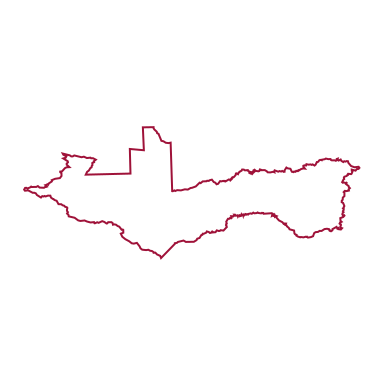 outline of Vilhena, Rondônia, Brazil, rotated 89°
{"feature_id": "56859067B73787435299073", "entity_name": "Vilhena", "entity_type": "district", "adm_level": 2, "iso_a3": "BRA", "parent_name": "Brazil", "parent_adm1": "Rondônia", "projection": "natural_earth1", "projection_center": [-60.258, -12.124], "detail": "fine", "context": "isolated", "style": "outline", "palette": "rose", "viewbox_px": 384, "rotation_deg": 89, "n_neighbors": 0, "source": "geoboundaries", "source_scale": "gbopen_adm2", "svg_char_len": 6000}
<svg xmlns="http://www.w3.org/2000/svg" viewBox="0 0 384 384"><g transform="rotate(89 192 192)"><path d="M186.7,359.8L187.8,359.0L187.5,355.8L190.0,351.3L190.0,349.7L190.6,348.2L192.3,347.1L194.9,343.1L193.5,341.8L193.9,340.4L193.4,339.5L193.9,338.4L193.1,336.1L193.2,333.7L195.1,333.1L196.5,331.3L196.6,330.6L197.6,329.7L198.4,327.5L201.8,325.7L202.0,322.8L203.0,321.7L203.5,320.0L204.6,319.1L205.1,317.4L205.8,316.9L207.8,317.4L209.2,317.1L210.0,316.4L211.4,317.3L212.5,316.0L214.2,315.7L215.7,309.8L218.4,306.3L219.0,304.1L218.6,299.9L219.7,297.5L220.7,293.9L220.4,290.5L221.5,290.1L221.6,289.7L220.6,287.3L221.2,285.9L219.6,282.3L220.4,280.2L222.0,278.0L221.9,277.3L220.7,276.3L220.8,273.0L221.7,271.9L223.3,271.6L223.0,270.2L223.4,268.5L224.7,267.0L225.4,265.3L228.5,263.0L228.3,261.9L228.7,261.4L231.5,261.4L232.4,263.9L235.5,262.5L238.0,259.5L240.2,255.6L242.2,253.2L242.6,251.1L241.9,248.0L245.5,245.3L247.4,244.5L248.8,242.8L249.3,238.9L249.0,236.6L250.0,234.9L250.3,233.1L251.4,231.5L252.1,231.4L252.0,229.7L253.8,228.1L255.3,224.9L257.5,224.1L243.5,210.0L242.9,210.0L242.6,208.0L241.7,207.0L240.4,201.3L241.8,199.0L241.8,191.0L240.2,188.3L238.8,187.6L238.1,185.3L235.2,183.4L235.0,182.4L233.9,182.0L234.0,181.1L232.9,178.5L231.7,177.9L232.3,175.9L233.3,174.8L233.1,173.8L231.8,172.5L232.2,171.9L232.8,172.1L232.6,169.2L230.8,167.9L231.5,165.8L231.3,164.7L230.7,164.1L231.1,161.2L227.6,157.8L226.0,158.5L225.7,158.2L224.8,158.5L224.1,157.8L222.3,158.3L219.4,156.5L219.5,155.4L218.3,154.1L219.0,153.4L218.6,152.9L217.9,153.3L217.4,152.5L216.9,152.8L217.1,151.2L216.7,151.0L216.3,149.3L215.4,150.0L215.4,149.4L216.5,148.5L216.1,146.9L217.0,146.6L216.3,146.3L216.5,144.9L216.0,144.6L216.3,143.8L216.9,144.1L216.7,143.3L215.4,142.9L216.1,142.5L215.7,141.5L216.3,141.3L215.3,141.1L215.3,140.5L216.0,140.0L215.5,139.6L215.6,138.6L215.0,138.6L215.5,136.5L215.0,136.4L214.4,133.7L214.8,132.6L213.7,131.1L214.4,130.1L214.2,127.8L213.6,126.7L214.1,126.2L214.5,123.8L214.5,122.8L214.1,122.5L214.2,121.1L215.0,120.8L214.6,112.6L215.0,111.9L217.1,112.4L216.2,111.0L217.3,111.2L217.4,110.8L216.6,109.9L218.0,109.6L217.2,108.8L217.6,107.8L218.2,108.6L218.6,108.4L221.9,105.6L223.8,102.1L225.6,100.8L225.7,100.4L225.1,100.2L225.2,98.6L226.6,99.2L227.1,98.0L228.0,97.7L229.5,95.9L231.0,95.1L232.3,90.6L235.2,90.3L236.0,89.7L236.7,88.2L237.4,88.4L238.4,86.9L239.2,84.6L238.9,84.0L239.3,81.3L238.7,79.1L239.0,78.3L238.7,77.8L239.6,76.9L239.2,74.0L238.3,71.7L235.3,70.6L234.3,69.2L234.1,66.7L233.1,65.1L233.2,63.1L231.4,60.2L231.1,57.7L231.5,55.8L232.0,55.8L232.2,55.1L233.2,55.0L233.7,53.7L232.8,52.3L231.6,52.2L229.4,48.1L231.0,47.4L230.5,46.3L231.7,46.3L232.1,43.8L230.8,42.6L230.2,44.0L229.7,44.2L227.5,43.8L227.1,42.9L227.1,44.0L226.2,45.0L225.0,44.4L224.4,43.0L223.5,44.0L220.7,44.2L219.6,41.2L218.3,40.0L217.8,40.3L217.9,41.6L216.9,42.1L215.8,41.8L214.8,40.8L213.8,41.5L212.5,40.6L211.8,40.7L211.0,41.3L210.5,40.5L209.8,40.6L208.7,39.9L205.6,41.1L204.8,42.5L203.3,42.4L202.4,41.5L200.2,41.3L198.8,39.7L195.3,39.6L194.7,40.3L193.5,39.2L193.8,37.4L193.3,35.1L192.1,35.4L190.9,34.1L189.9,35.1L188.8,35.3L186.7,37.9L184.9,36.8L185.7,37.9L185.1,40.3L185.4,41.0L184.8,41.7L182.1,40.3L181.7,39.6L180.2,39.9L179.4,39.4L178.8,37.4L177.8,35.9L177.3,36.2L176.5,35.6L176.9,32.6L176.5,32.1L174.4,31.2L173.6,31.9L172.4,31.9L173.5,28.1L172.0,26.9L171.8,25.1L170.8,24.2L169.7,25.0L170.1,29.1L168.8,32.5L165.5,35.2L164.0,35.5L163.8,36.8L164.3,38.0L163.9,39.3L164.7,40.2L163.5,42.1L162.1,42.8L163.1,44.8L161.9,45.9L161.2,45.7L161.5,46.7L162.9,46.8L163.3,47.7L162.8,48.6L162.8,51.7L162.3,52.6L161.5,52.9L161.5,55.3L160.9,57.6L161.5,58.6L162.0,61.6L162.5,61.7L162.1,63.3L162.7,64.4L163.8,65.1L164.4,66.2L164.3,66.7L166.8,67.9L167.7,69.0L166.5,70.9L167.0,71.8L166.5,72.8L166.7,75.0L166.2,77.1L167.5,77.5L167.3,79.1L167.7,80.2L168.7,80.2L170.6,78.7L170.4,80.4L171.0,82.6L172.4,84.8L172.0,85.0L172.2,85.5L172.9,85.8L172.7,87.1L173.1,87.2L173.1,88.3L173.6,88.5L173.4,89.8L173.9,90.2L173.5,91.8L170.5,93.2L170.0,96.0L169.2,97.2L172.4,99.3L173.3,99.1L173.5,99.9L172.5,101.5L173.1,102.5L172.6,104.2L173.2,105.4L171.8,109.0L172.9,109.5L173.7,109.3L173.2,110.5L173.8,113.4L173.6,116.1L172.7,116.7L171.4,118.8L171.4,122.5L171.1,122.3L170.6,123.7L172.2,124.4L172.5,125.2L172.0,127.8L170.8,129.1L171.3,129.9L172.5,128.9L173.3,129.8L173.0,130.7L174.2,130.8L175.1,131.6L174.6,132.1L173.2,131.9L173.0,133.2L174.3,133.6L173.8,134.4L172.7,133.9L171.5,136.2L171.1,136.1L171.3,138.7L170.5,139.8L170.4,141.5L171.6,142.1L172.6,144.2L173.1,144.3L173.7,145.2L175.0,145.7L174.1,147.4L174.3,147.8L175.9,148.1L177.8,149.9L178.3,150.8L177.9,150.8L177.9,151.3L179.3,152.5L179.8,152.1L181.1,153.5L180.3,154.0L180.1,155.0L181.6,157.6L181.5,159.1L181.9,159.0L181.5,161.0L181.9,162.3L181.6,163.7L184.3,165.8L184.7,167.3L183.1,168.5L182.4,170.1L180.0,171.9L180.6,174.3L181.2,175.0L181.0,176.7L181.5,177.3L181.6,181.1L183.3,183.2L182.8,184.2L186.5,188.1L187.8,191.9L188.0,193.4L189.5,196.1L189.2,199.1L190.2,203.0L189.9,206.8L190.7,208.8L190.1,209.6L190.9,211.2L190.8,211.8L142.3,212.5L142.7,214.6L142.3,217.4L140.8,219.6L140.3,221.7L133.2,224.5L132.6,225.8L131.1,226.2L128.9,228.5L127.6,229.3L126.5,229.3L126.5,240.0L149.4,239.4L147.9,253.4L172.5,253.2L172.8,297.9L170.0,296.5L168.8,294.8L166.3,293.2L165.6,292.0L164.2,291.8L163.5,291.1L161.3,291.2L160.5,289.4L159.6,289.7L158.0,287.6L156.5,290.4L156.5,292.3L155.9,292.9L156.2,296.5L154.8,299.5L155.3,301.8L153.4,309.1L154.3,310.6L154.3,312.1L153.2,313.6L151.3,320.6L152.5,320.0L154.2,317.0L155.5,317.7L156.2,320.1L159.1,315.7L160.2,315.5L161.4,316.8L162.5,316.8L165.0,314.2L165.1,316.9L165.9,318.6L169.1,321.6L169.3,323.4L169.9,323.4L171.0,322.2L173.7,322.2L175.8,323.9L176.4,328.6L177.7,332.0L178.4,331.7L179.1,332.1L180.9,335.0L182.2,335.6L181.8,336.4L182.2,336.5L182.6,338.4L184.1,337.0L184.5,338.1L184.3,338.7L185.2,339.9L184.9,344.3L183.4,346.0L184.2,347.6L184.2,352.4L183.8,352.8L184.6,353.8L185.6,356.4L184.9,357.6L185.0,358.8L186.7,359.8Z" fill="none" stroke="#9f1239" stroke-width="2"/></g></svg>